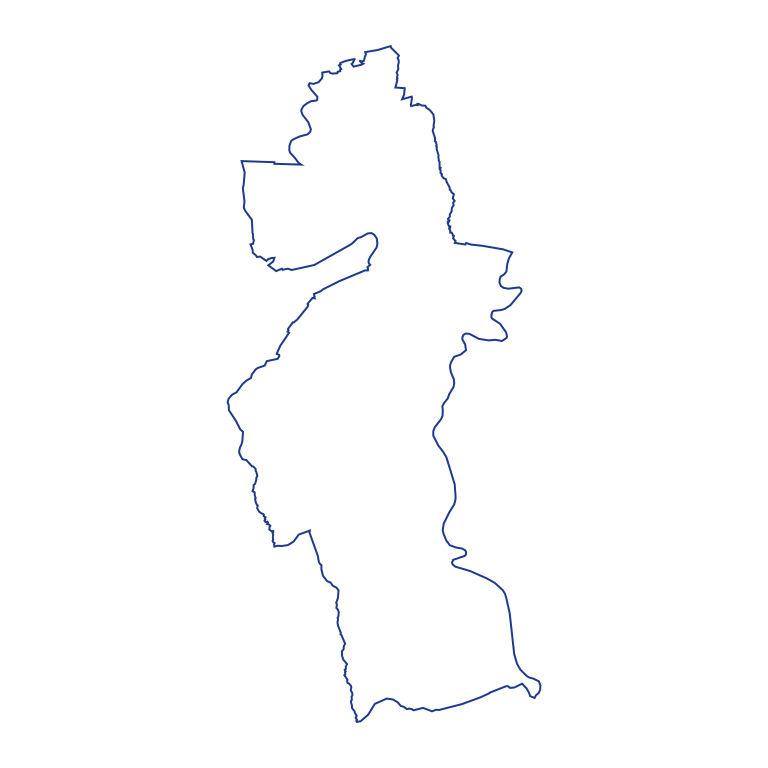 the district of Balcesti, Vâlcea, Romania
{"feature_id": "2599482B45967319864847", "entity_name": "Balcesti", "entity_type": "district", "adm_level": 2, "iso_a3": "ROU", "parent_name": "Romania", "parent_adm1": "Vâlcea", "projection": "mercator", "projection_center": [23.929, 44.618], "detail": "fine", "context": "isolated", "style": "outline", "palette": "blue", "viewbox_px": 768, "rotation_deg": 0, "n_neighbors": 0, "source": "geoboundaries", "source_scale": "gbopen_adm2", "svg_char_len": 6069}
<svg xmlns="http://www.w3.org/2000/svg" viewBox="0 0 768 768"><path d="M538.8,681.3L533.5,678.7L528.7,677.3L526.3,675.6L520.5,669.8L517.1,664.0L514.2,654.1L509.7,613.3L506.3,598.1L505.0,593.8L502.8,590.2L494.8,582.9L486.6,578.3L470.0,571.0L455.4,566.7L452.6,564.4L452.0,562.6L453.2,559.8L464.6,556.0L465.9,554.5L466.1,551.9L465.1,550.2L462.3,548.6L456.1,547.5L449.9,545.3L446.3,540.5L443.7,534.2L442.7,530.1L443.7,523.7L449.2,512.5L454.2,504.4L455.4,499.9L455.6,497.2L454.7,484.3L446.4,457.3L443.4,452.2L438.2,445.4L433.3,435.7L433.3,431.2L434.7,427.4L441.0,419.2L442.5,416.0L442.8,411.0L442.4,406.2L444.1,403.0L447.8,398.4L449.0,394.6L453.6,386.7L454.2,383.1L453.9,379.4L450.9,372.3L450.1,368.0L450.1,365.1L451.1,362.1L454.2,356.8L460.9,354.4L466.0,350.2L465.2,344.6L462.4,339.4L462.3,337.5L463.4,335.0L465.4,333.6L469.3,333.8L479.0,338.9L488.8,340.4L495.5,339.8L501.9,341.0L506.6,337.9L507.0,336.2L506.0,332.2L500.1,323.8L492.0,318.5L491.4,317.2L491.4,314.6L492.4,311.8L493.7,310.8L500.8,310.1L504.5,309.0L510.3,305.3L520.6,293.0L521.6,290.9L521.2,288.8L519.2,287.4L508.4,288.7L503.7,287.9L501.0,286.1L499.5,282.8L499.7,279.4L500.5,276.8L504.2,274.3L506.4,271.6L507.3,263.8L509.0,258.2L512.3,252.4L503.3,249.4L482.4,245.8L471.2,244.6L466.1,243.0L465.4,244.5L454.8,242.9L455.6,241.0L453.1,238.5L453.9,235.9L452.8,235.5L452.7,234.3L451.6,232.6L450.3,232.7L450.2,230.3L449.1,228.8L450.1,227.9L450.3,226.5L449.1,226.6L447.7,223.3L448.4,222.7L447.9,221.7L449.2,221.2L449.5,220.4L448.3,219.8L448.0,218.9L449.8,216.8L449.8,214.5L451.6,211.4L451.9,207.8L453.6,205.4L453.2,202.7L454.6,200.9L452.8,198.4L453.9,194.2L451.4,192.2L450.8,190.4L449.8,189.7L449.6,187.5L446.6,181.8L445.8,179.0L443.7,178.4L441.6,175.5L441.9,174.1L440.6,173.2L440.6,170.3L439.6,168.9L440.6,167.9L439.6,167.3L439.5,161.5L438.9,160.8L438.3,156.8L438.6,155.6L436.6,148.9L436.9,147.1L436.2,146.0L436.6,145.2L436.0,142.1L434.9,141.2L435.0,138.0L432.8,131.3L432.9,129.5L433.9,127.2L433.5,126.3L434.3,120.8L433.4,114.5L429.8,110.0L426.3,107.7L425.4,105.7L421.9,105.5L418.0,103.7L417.5,103.8L417.7,105.1L417.0,105.1L417.0,104.6L411.1,106.1L410.8,105.1L412.0,98.0L411.7,96.6L402.1,99.3L404.1,94.7L404.7,88.2L395.4,87.5L397.3,80.3L396.8,79.3L397.5,78.5L397.0,77.2L397.6,75.3L396.7,72.5L398.3,69.3L398.0,65.6L398.7,62.8L398.7,60.3L397.6,58.2L398.9,55.5L391.1,47.8L390.6,46.1L377.6,50.0L365.2,52.1L365.9,54.6L364.9,56.6L364.0,60.7L361.9,61.5L359.4,60.5L361.7,63.0L363.3,63.7L361.3,64.8L353.6,66.6L351.6,64.0L352.5,63.3L354.5,59.3L353.9,59.1L345.8,60.9L340.3,63.0L340.1,64.0L340.6,64.6L339.0,65.3L341.2,69.1L340.2,69.5L340.2,71.2L337.7,71.8L337.3,73.2L332.2,73.6L330.3,73.0L329.1,71.4L322.2,72.6L322.5,76.1L321.9,78.4L318.6,82.2L313.5,83.9L309.5,83.2L308.5,85.4L311.3,89.8L317.3,96.7L317.2,99.9L316.0,100.6L311.3,101.1L306.9,103.4L303.5,106.0L301.4,109.7L301.4,111.6L302.6,114.9L308.3,122.2L310.9,129.3L310.2,131.9L307.6,134.3L299.3,136.6L293.2,139.4L291.1,141.0L289.4,146.0L289.3,150.2L290.1,152.7L295.0,158.0L298.7,163.0L301.2,164.6L274.4,163.8L274.4,162.2L241.6,161.1L244.7,172.5L243.6,185.2L242.8,187.9L244.5,201.3L243.8,207.4L245.1,210.7L251.9,219.8L252.5,233.0L252.9,233.8L253.2,238.9L253.9,240.2L253.0,243.8L250.5,244.4L252.6,249.7L252.8,252.8L255.8,255.2L256.9,257.0L260.2,256.6L266.5,260.9L268.1,259.2L271.2,258.1L274.4,257.8L273.2,261.5L268.3,265.3L276.2,271.1L281.8,268.7L282.5,269.8L288.0,268.7L291.6,270.0L314.3,265.0L348.8,245.6L351.9,243.7L357.6,238.2L361.2,237.0L367.8,233.4L371.4,233.1L374.2,234.7L376.8,238.4L377.4,243.9L376.6,247.5L370.0,257.2L368.8,260.0L368.5,261.8L368.9,263.4L370.2,264.8L367.4,267.2L368.0,268.5L367.9,270.4L365.1,270.4L339.4,281.1L323.3,289.2L320.8,291.1L313.9,294.1L314.6,296.6L314.0,297.2L314.6,298.3L312.4,298.0L307.5,304.0L308.3,305.0L307.8,306.5L297.3,319.5L293.7,322.5L292.8,322.3L288.0,329.0L288.5,330.4L287.6,331.6L289.1,332.8L280.5,345.4L276.9,353.3L276.7,353.9L279.2,354.9L279.3,356.3L277.6,358.9L266.8,361.1L264.7,365.6L257.9,367.9L255.7,369.4L251.9,374.4L250.9,378.1L246.4,380.6L242.5,384.1L236.5,392.3L231.9,394.8L228.6,398.8L227.6,402.2L228.7,404.9L228.9,410.2L235.9,420.8L240.2,429.3L243.0,431.8L242.4,441.0L241.4,444.7L239.9,447.6L239.1,452.1L239.8,454.3L242.4,459.2L246.4,460.1L251.9,466.3L253.3,466.5L255.7,469.1L255.6,470.8L256.3,471.8L257.3,476.0L256.3,477.9L256.3,479.8L255.1,483.8L253.6,485.1L253.6,488.1L252.5,491.2L254.6,492.2L254.8,495.7L255.7,498.1L255.1,498.9L255.7,502.1L256.9,504.9L257.7,505.4L257.2,508.3L259.0,511.5L261.1,513.2L263.3,514.1L263.9,514.8L263.7,516.2L265.5,517.3L264.8,518.4L265.4,519.5L264.5,520.5L264.9,521.5L266.0,522.1L267.4,521.7L268.0,522.9L267.1,524.0L268.7,524.3L270.3,525.8L269.5,527.0L269.4,529.6L271.7,531.3L273.2,531.0L273.2,532.1L272.5,533.1L273.2,534.5L272.8,537.5L273.1,539.8L272.6,540.9L273.3,542.3L274.6,543.1L274.1,544.0L274.3,546.6L277.5,545.8L281.8,546.0L287.9,545.1L293.6,541.6L298.7,534.6L309.8,530.6L309.4,532.3L317.8,555.9L318.8,561.7L319.8,563.8L321.4,565.1L321.4,569.3L323.0,575.8L327.1,581.2L330.6,582.6L332.7,585.7L336.3,587.5L338.5,590.3L338.0,597.7L336.2,602.8L336.9,604.4L336.4,608.0L338.0,609.8L338.8,612.3L338.3,616.6L337.6,617.9L338.0,619.2L337.5,622.6L338.1,625.8L340.8,632.8L340.5,634.2L341.5,635.2L345.1,643.7L343.8,646.3L343.6,649.3L341.9,651.3L342.1,656.0L343.3,659.7L347.0,664.0L345.8,666.6L345.8,669.0L344.7,669.8L345.7,671.6L345.0,672.1L345.3,674.0L344.3,675.1L347.5,679.8L347.1,681.3L347.5,682.9L349.1,683.6L350.9,685.8L351.3,687.1L350.7,690.2L352.2,692.9L352.4,695.2L351.6,696.7L351.8,700.0L351.0,701.1L351.0,702.2L351.9,705.3L352.1,708.2L354.5,711.2L354.9,712.9L356.7,716.0L355.6,717.8L357.0,719.7L356.3,721.0L356.9,721.9L360.5,721.3L368.1,714.8L374.8,703.9L386.7,698.6L393.0,699.5L397.7,702.3L400.8,706.0L403.8,706.8L406.9,709.1L409.3,708.6L411.7,709.1L413.5,710.3L423.1,707.9L432.0,711.3L436.2,709.7L439.0,710.0L462.0,704.1L480.5,697.3L489.5,693.2L489.6,692.7L505.9,686.3L507.8,686.1L510.0,687.9L514.4,687.5L522.1,683.7L526.6,688.4L529.2,693.2L530.1,696.1L534.6,698.0L535.9,695.3L538.6,693.1L540.1,690.0L540.4,685.4L538.8,681.3Z" fill="none" stroke="#1e3a8a" stroke-width="2"/></svg>